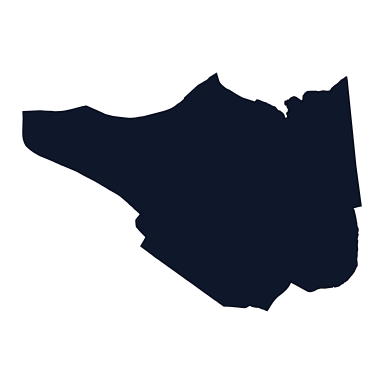 outline of Sam Khok, Pathum Thani, Thailand
{"feature_id": "78962969B46863562743869", "entity_name": "Sam Khok", "entity_type": "district", "adm_level": 2, "iso_a3": "THA", "parent_name": "Thailand", "parent_adm1": "Pathum Thani", "projection": "natural_earth1", "projection_center": [100.554, 14.08], "detail": "fine", "context": "isolated", "style": "filled", "palette": "ink", "viewbox_px": 384, "rotation_deg": 0, "n_neighbors": 0, "source": "geoboundaries", "source_scale": "gbopen_adm2", "svg_char_len": 5873}
<svg xmlns="http://www.w3.org/2000/svg" viewBox="0 0 384 384"><path d="M343.2,79.2L342.3,79.9L341.8,80.0L341.5,80.2L338.6,83.1L337.7,83.9L335.5,85.4L335.0,85.7L334.3,86.4L332.6,87.8L332.1,88.4L331.7,88.8L330.6,90.6L330.2,90.9L329.3,91.3L327.2,91.5L325.7,91.4L324.4,91.2L323.6,91.0L323.4,91.0L322.6,91.2L321.2,91.4L319.0,91.9L317.4,91.8L315.6,91.4L314.6,91.4L313.7,91.6L313.0,91.6L312.3,91.4L312.0,91.4L311.7,91.5L307.5,91.7L307.2,91.8L306.7,92.2L306.2,92.8L305.6,93.3L305.4,93.4L305.3,93.2L305.2,93.2L305.1,93.6L304.4,94.7L304.0,95.5L303.9,95.5L303.7,95.4L303.4,95.7L303.3,96.6L303.2,97.8L303.1,99.6L302.6,100.7L302.4,101.7L302.2,101.9L302.0,102.0L301.8,101.8L301.6,101.2L301.4,101.0L299.9,100.3L299.5,100.0L298.9,99.4L298.5,99.1L297.6,99.0L297.5,98.8L297.0,98.2L296.8,97.9L295.2,97.2L294.7,97.0L294.0,97.0L293.9,96.9L293.4,97.0L293.1,97.1L292.4,97.6L292.0,97.6L290.6,98.4L290.0,99.0L289.5,99.9L289.0,100.4L288.5,100.3L287.9,100.3L287.7,100.3L287.4,100.5L287.2,100.8L287.2,101.1L287.2,102.0L286.6,101.4L286.3,101.2L286.0,101.2L285.4,101.3L285.2,101.5L285.0,102.7L285.0,104.1L285.6,104.7L285.8,104.4L286.1,104.3L286.4,104.3L286.9,104.5L287.1,105.3L287.1,105.5L287.1,105.8L287.1,106.1L287.2,106.3L287.2,106.6L287.6,107.4L287.7,107.7L288.4,108.6L289.0,108.9L289.3,109.0L289.4,109.5L289.1,109.6L289.0,109.8L288.5,110.2L288.4,111.0L288.5,111.7L288.4,112.1L287.4,112.6L287.1,112.8L286.9,113.4L286.9,113.8L287.0,114.2L287.7,115.3L287.7,115.5L287.7,116.1L287.9,116.8L288.3,117.2L288.7,117.4L288.9,117.5L288.8,117.8L288.6,118.0L288.3,118.1L286.6,118.1L285.7,118.3L284.4,118.6L284.3,117.4L284.1,116.1L283.8,115.2L283.2,114.3L282.3,113.1L281.4,112.6L280.7,112.0L280.1,111.7L279.8,111.2L279.0,111.1L278.1,110.9L277.1,110.0L276.2,108.8L275.3,107.6L274.4,107.0L271.9,106.3L270.2,105.2L266.8,103.7L266.3,103.2L263.4,102.4L258.9,100.5L257.0,100.0L255.1,102.2L254.4,102.1L242.9,98.4L241.5,97.8L235.6,94.5L231.7,92.0L228.7,90.1L227.8,89.9L226.6,89.3L225.0,88.3L221.9,85.7L220.5,84.3L219.4,82.9L218.5,80.9L216.4,73.6L209.7,77.8L209.4,78.1L209.2,78.6L207.1,80.5L204.0,82.2L202.5,83.2L199.6,84.8L198.0,85.8L184.6,98.1L184.6,98.3L184.7,99.1L184.6,99.3L182.8,100.8L180.6,102.8L178.2,104.2L174.8,106.9L172.1,108.5L169.9,109.5L167.4,110.5L164.1,111.6L143.7,116.9L139.8,117.4L135.7,118.2L130.4,118.6L127.9,118.5L118.1,117.4L112.8,116.7L105.3,114.8L102.0,113.2L86.2,106.2L81.3,107.2L71.7,109.8L64.6,111.3L61.5,111.7L55.2,112.0L51.3,111.6L47.8,111.5L44.8,111.4L40.4,111.0L23.1,111.8L23.4,118.0L23.0,131.5L23.1,135.8L23.4,138.1L23.9,140.3L25.0,143.3L26.2,145.5L28.2,147.5L30.8,149.7L33.9,151.9L39.0,154.9L39.2,155.0L40.5,155.6L47.6,158.5L54.1,161.3L55.7,162.1L59.3,163.6L61.0,164.5L63.5,165.4L69.9,168.1L73.7,169.7L76.0,170.7L77.9,171.6L81.2,173.5L82.7,174.3L83.9,175.0L85.2,175.6L85.8,176.0L87.8,177.0L94.1,180.2L104.2,186.1L105.7,187.0L106.7,187.5L108.3,188.7L111.2,190.3L117.2,193.7L117.8,194.1L120.1,195.6L123.8,198.7L126.2,200.8L127.8,202.1L130.3,204.7L131.9,205.9L133.0,206.9L134.9,208.9L136.8,210.4L140.8,214.2L138.1,217.4L136.6,219.3L136.2,219.9L136.0,220.5L136.0,221.1L136.4,225.8L136.8,227.0L137.2,227.4L137.8,228.0L138.8,229.3L139.6,230.2L143.6,234.4L145.5,236.2L146.0,236.9L146.1,237.1L145.9,237.7L143.8,241.5L141.0,246.1L148.4,251.5L149.5,252.5L149.8,252.6L151.2,253.6L151.5,253.9L152.0,254.2L154.6,256.3L156.1,257.4L158.8,259.2L159.7,259.8L161.9,261.5L163.1,262.3L163.9,262.9L165.2,263.8L168.9,266.5L177.1,272.3L178.9,273.7L180.4,274.7L182.5,276.2L183.5,276.9L187.0,279.5L188.5,280.5L192.6,283.4L193.7,284.1L194.2,284.6L195.7,285.6L198.6,287.8L200.6,289.2L203.0,291.0L208.1,294.6L210.2,296.1L210.9,296.7L211.6,297.0L212.7,298.0L213.4,298.4L213.7,298.7L215.6,300.0L216.7,300.6L219.3,302.7L221.0,303.8L223.6,305.7L224.0,305.9L226.7,305.9L227.2,306.0L227.9,305.9L228.3,306.0L232.0,306.2L234.3,306.5L235.6,306.5L237.5,306.8L238.5,306.8L240.4,307.1L242.3,307.2L243.3,307.4L245.2,307.4L245.5,307.4L246.5,306.9L249.0,305.4L249.4,305.2L249.7,305.2L251.1,305.5L252.2,306.3L252.8,306.3L254.0,306.5L254.8,306.8L256.9,307.1L257.5,306.9L258.2,307.0L258.7,307.1L259.8,307.5L260.4,307.9L261.6,308.3L261.9,308.4L262.3,308.6L263.5,308.9L264.4,309.1L264.9,309.3L265.2,309.7L267.2,310.4L269.8,306.1L272.3,302.2L274.9,299.0L276.3,297.4L277.6,296.2L282.4,292.5L284.4,290.7L286.2,288.9L287.4,287.5L288.3,286.3L289.0,285.1L290.0,283.1L290.5,281.7L295.6,284.3L307.2,290.7L307.9,291.1L309.0,291.3L309.9,291.4L311.0,291.4L314.0,290.5L314.7,290.2L315.6,289.6L316.7,289.0L317.7,288.6L320.3,287.9L321.6,287.8L324.0,287.9L325.1,287.9L330.1,287.2L331.0,287.0L332.1,287.1L332.3,287.0L332.5,286.9L332.6,286.7L332.6,286.3L332.7,286.1L333.3,285.8L333.6,285.9L334.5,286.4L334.7,286.7L335.1,286.7L335.1,286.3L335.4,286.2L335.6,286.3L335.7,286.6L335.9,286.6L336.6,286.3L337.4,286.2L338.2,286.0L339.1,285.6L340.1,284.9L340.7,284.2L342.3,283.5L343.4,282.8L343.5,282.6L343.7,282.2L344.2,281.8L344.6,281.6L344.9,281.5L345.2,281.5L346.0,280.7L346.8,280.3L347.1,280.1L350.2,276.3L351.4,275.0L351.5,274.6L352.2,274.1L352.4,273.9L353.1,272.6L354.0,271.6L354.4,270.5L354.9,269.6L356.2,266.6L356.7,266.2L356.9,265.7L357.0,265.4L356.9,262.7L356.5,260.0L356.5,258.8L356.5,258.0L356.8,257.0L356.9,256.4L357.0,254.7L356.9,253.3L356.9,252.7L356.9,252.2L357.4,249.9L357.4,249.4L357.4,248.7L357.1,246.4L357.1,245.1L357.2,243.8L357.4,242.1L357.5,241.0L357.4,240.4L356.9,239.3L356.8,238.6L356.9,238.3L357.3,237.2L357.5,235.8L358.0,234.8L358.0,234.5L357.9,234.3L357.3,233.5L357.2,233.2L357.2,232.8L357.7,231.7L357.8,231.2L358.0,230.2L358.0,229.4L357.8,228.6L356.9,226.5L356.6,225.2L356.5,224.7L356.7,223.9L356.6,223.5L356.4,222.7L356.0,220.6L355.4,216.8L355.0,215.2L354.6,213.4L354.1,211.4L353.9,210.3L352.8,208.9L352.5,208.1L353.2,207.7L356.1,206.9L358.2,206.3L361.0,205.8L359.7,196.2L355.7,166.2L347.4,84.3L347.0,80.1L346.7,78.8L346.5,77.1L346.1,77.2L345.7,77.4L343.8,79.0L343.2,79.2Z" fill="#0f172a" stroke="#020617" stroke-width="1.5"/></svg>